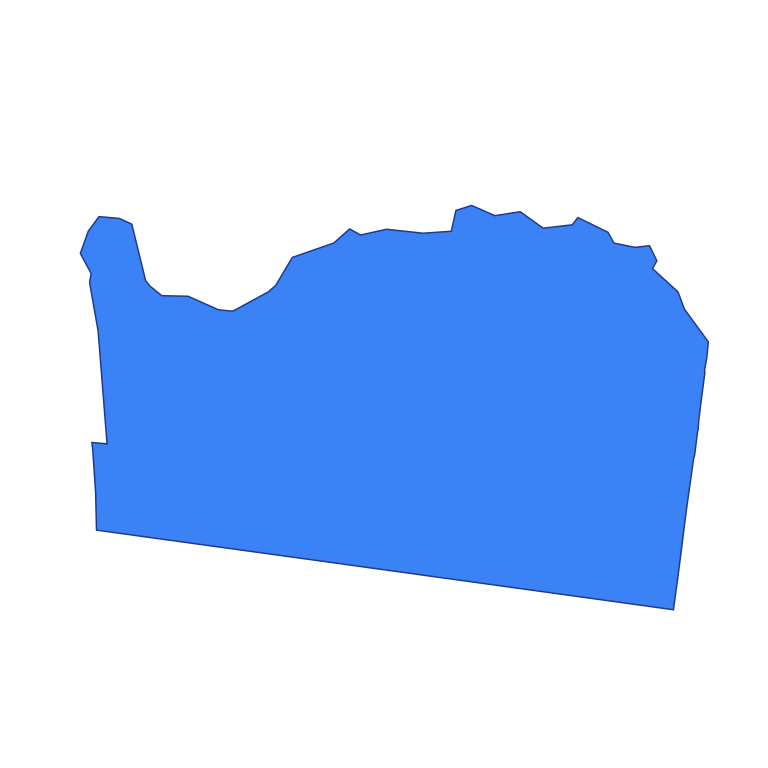 outline of Santa Rosa, Florida, United States of America, rotated 97°
{"feature_id": "52423323B90270003054506", "entity_name": "Santa Rosa", "entity_type": "district", "adm_level": 2, "iso_a3": "USA", "parent_name": "United States of America", "parent_adm1": "Florida", "projection": "equal_earth", "projection_center": [-87.113, 30.667], "detail": "fine", "context": "isolated", "style": "filled", "palette": "blue", "viewbox_px": 768, "rotation_deg": 97, "n_neighbors": 0, "source": "geoboundaries", "source_scale": "gbopen_adm2", "svg_char_len": 941}
<svg xmlns="http://www.w3.org/2000/svg" viewBox="0 0 768 768"><g transform="rotate(97 384 384)"><path d="M477.7,666.8L484.6,665.1L526.9,657.0L563.0,651.7L564.1,651.5L568.3,366.5L572.8,69.2L572.6,69.2L540.7,68.8L539.7,68.8L510.3,68.6L499.5,68.6L471.1,68.5L420.6,67.6L416.4,67.0L400.1,67.0L393.5,67.0L390.9,66.7L381.1,67.2L373.7,67.1L370.5,67.2L334.5,66.9L330.2,67.5L318.9,66.8L303.3,67.2L302.6,67.3L273.0,95.0L256.8,103.4L236.8,131.5L228.5,128.2L214.4,137.3L217.8,151.7L216.1,173.0L206.1,180.2L195.2,211.8L203.1,216.6L209.9,245.1L196.4,269.8L203.4,294.5L196.1,318.8L203.0,333.8L224.2,335.8L229.6,363.7L230.1,400.3L239.0,425.4L234.3,437.0L250.2,451.0L269.5,490.4L299.4,503.5L306.6,510.0L330.2,543.0L330.5,557.5L320.8,589.2L323.4,615.3L315.3,628.3L310.4,633.2L256.1,653.8L251.9,667.0L252.6,687.3L268.5,696.2L291.4,701.3L310.1,688.1L319.1,688.6L366.3,674.2L477.1,651.6L477.7,666.8Z" fill="#3b82f6" stroke="#1e3a8a" stroke-width="1.5"/></g></svg>